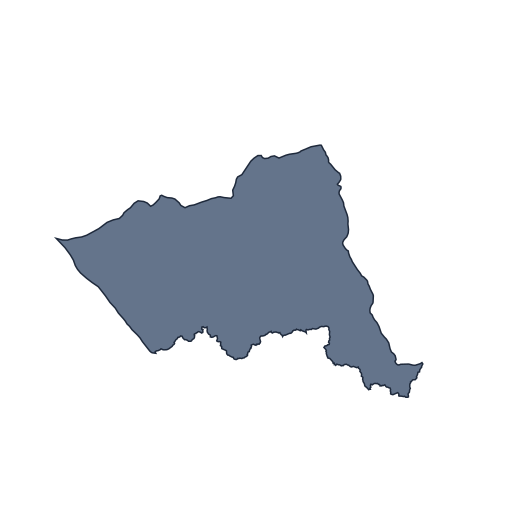 outline of Sing, Louang Namtha, Laos, rotated 110°
{"feature_id": "54806243B57426312908571", "entity_name": "Sing", "entity_type": "district", "adm_level": 2, "iso_a3": "LAO", "parent_name": "Laos", "parent_adm1": "Louang Namtha", "projection": "robinson", "projection_center": [101.175, 21.271], "detail": "fine", "context": "isolated", "style": "filled", "palette": "slate", "viewbox_px": 512, "rotation_deg": 110, "n_neighbors": 0, "source": "geoboundaries", "source_scale": "gbopen_adm2", "svg_char_len": 6094}
<svg xmlns="http://www.w3.org/2000/svg" viewBox="0 0 512 512"><g transform="rotate(110 256 256)"><path d="M307.8,449.7L313.5,438.3L318.5,430.8L322.3,426.2L326.8,422.5L329.6,419.1L332.0,415.0L334.9,407.5L337.0,400.8L338.8,393.7L344.9,383.9L349.6,377.3L353.1,370.4L356.7,365.8L360.3,359.1L361.9,356.5L364.0,353.9L365.3,350.8L367.6,347.4L370.7,340.5L372.6,337.0L375.3,333.5L381.7,323.2L382.4,321.3L382.4,320.2L381.7,316.9L380.7,318.0L380.4,318.0L379.1,317.0L378.5,315.7L376.7,313.9L375.7,313.5L375.9,311.3L375.5,310.0L374.5,307.7L373.1,306.2L369.6,303.9L368.2,303.6L367.1,302.8L366.1,302.6L365.1,303.5L364.4,303.1L361.9,302.6L360.5,301.6L359.3,301.7L358.2,300.0L356.9,299.5L356.7,297.9L357.9,296.9L359.1,294.5L358.6,293.3L358.7,291.5L359.2,290.3L358.5,288.3L357.9,287.6L356.4,287.3L354.8,286.1L353.4,286.0L352.6,286.3L351.9,286.3L351.3,287.1L350.3,287.2L349.5,286.0L348.5,285.8L348.1,285.1L346.8,284.4L346.5,282.9L346.8,282.1L346.6,281.6L347.0,280.8L346.1,279.9L345.3,280.0L343.9,280.7L343.4,280.6L343.3,281.9L343.0,282.2L341.9,282.2L341.4,282.6L340.5,281.5L341.1,280.1L340.4,278.5L339.5,277.8L341.7,276.6L342.7,276.5L344.1,275.8L345.6,273.8L345.9,272.0L346.8,271.4L347.6,271.3L347.6,270.0L346.9,268.7L344.7,266.8L344.3,265.5L346.8,263.9L349.1,263.9L349.5,263.3L349.3,261.7L348.8,260.7L349.0,259.6L350.5,259.3L351.2,258.9L352.4,258.8L352.7,257.4L354.7,256.5L355.1,251.4L357.9,250.1L358.8,248.6L358.5,247.5L358.9,246.5L359.2,243.8L359.0,242.6L360.1,241.8L360.3,240.6L360.1,239.2L359.2,238.3L358.4,238.1L358.3,237.1L357.5,236.3L357.2,234.2L356.5,233.7L355.8,232.3L354.5,231.6L353.6,230.5L352.1,230.0L351.5,230.6L350.8,230.3L350.1,230.6L348.9,230.6L348.1,229.6L347.6,229.8L345.5,229.8L344.7,229.2L344.0,229.6L343.7,229.3L342.5,229.3L341.4,230.0L340.2,228.8L339.7,228.0L340.0,227.1L339.9,225.5L338.8,225.4L338.9,224.7L338.2,224.3L337.8,222.9L337.3,223.0L336.5,222.4L334.9,222.4L332.4,224.2L331.4,224.6L330.9,224.5L329.4,223.9L328.8,222.2L327.5,220.4L326.3,220.0L326.0,219.2L323.1,217.7L322.4,216.6L321.7,216.0L322.5,215.5L322.8,214.3L321.3,213.0L321.1,212.1L320.5,211.3L320.6,209.8L320.3,208.9L320.6,208.5L319.8,207.4L320.4,207.0L321.4,205.2L321.4,204.6L322.5,203.5L322.1,203.5L320.7,202.4L320.4,201.4L318.0,198.9L316.9,197.6L316.8,196.9L315.5,196.1L313.7,195.8L313.5,195.4L312.7,195.0L312.2,193.5L311.0,193.0L311.3,192.5L310.8,191.4L311.1,188.9L310.0,188.7L310.5,187.1L310.5,183.4L311.0,182.5L308.7,183.7L307.8,183.5L307.7,181.9L306.5,180.3L306.1,178.8L304.9,178.2L304.2,174.7L302.3,172.5L301.3,172.1L299.8,170.4L299.2,168.0L298.6,167.5L297.8,166.0L297.7,164.1L298.7,162.8L300.2,162.4L301.6,161.0L304.9,160.1L306.9,158.6L308.2,158.8L309.9,158.0L310.8,158.5L312.3,158.3L312.8,157.2L314.1,157.0L315.0,158.4L315.6,158.5L316.5,159.5L316.9,160.4L318.7,160.9L319.8,158.7L320.7,157.6L321.7,157.7L322.5,156.8L323.8,156.5L325.0,155.4L325.6,155.2L326.2,154.2L327.1,153.9L327.3,153.3L327.0,151.7L329.1,147.7L330.4,146.8L329.9,145.8L330.5,145.4L331.3,145.3L331.1,144.5L331.5,143.7L330.0,143.1L330.0,141.1L329.6,140.2L330.1,138.3L329.4,137.6L329.4,136.7L327.8,135.9L326.8,134.1L327.1,132.5L326.9,131.5L327.6,129.8L327.7,128.5L326.4,126.6L326.5,123.3L325.4,121.9L326.4,121.3L326.7,120.1L327.4,119.2L328.9,118.9L330.1,116.9L331.3,116.2L332.9,115.9L333.3,114.3L333.9,113.9L335.3,113.7L336.4,112.9L337.4,112.4L338.9,110.5L340.4,109.6L341.2,108.8L341.5,107.4L343.1,104.3L342.4,103.8L342.1,103.0L341.3,103.7L340.7,103.6L340.1,103.2L338.6,104.2L337.3,104.3L337.1,103.5L337.4,102.8L335.5,101.4L334.9,100.4L334.9,99.6L334.2,98.2L334.8,96.9L334.5,96.5L334.7,95.7L335.7,94.9L335.0,94.1L335.1,93.4L334.3,92.9L334.2,92.1L333.0,90.9L334.0,89.6L334.5,88.6L334.2,87.4L334.4,86.0L334.2,84.9L335.3,83.9L336.0,83.9L337.4,83.3L337.8,82.8L339.4,82.4L339.7,81.8L339.5,79.9L335.9,76.1L336.9,74.5L338.6,74.0L338.7,73.6L338.0,71.6L337.6,69.2L337.0,68.4L337.5,67.3L337.4,66.7L336.8,65.1L336.3,64.6L335.1,65.0L334.4,65.6L333.2,65.9L331.5,65.3L329.0,65.9L327.6,65.7L326.6,66.7L324.0,67.6L323.0,67.6L322.1,67.3L321.4,67.7L320.6,67.0L319.2,66.6L318.6,66.1L317.8,64.1L315.6,63.2L315.2,63.3L314.7,63.9L311.9,63.7L309.9,64.1L309.0,62.7L306.8,63.2L303.6,62.3L302.9,62.7L300.4,62.3L299.4,63.6L301.0,64.8L304.3,69.1L304.9,71.2L305.3,75.5L308.3,83.1L309.3,84.1L309.8,85.4L309.6,86.6L308.8,88.1L307.7,89.2L307.1,89.4L306.7,89.1L305.3,89.0L302.1,91.1L300.8,93.1L299.9,95.9L297.3,98.3L292.3,101.5L289.5,105.1L288.2,107.8L285.7,111.9L280.2,116.3L277.2,119.6L275.5,122.7L273.6,125.0L271.7,126.6L270.4,129.3L268.0,130.5L265.8,130.9L263.1,130.8L260.4,130.1L259.4,130.2L253.3,132.1L252.1,132.9L248.1,137.2L245.6,139.3L244.0,141.2L241.6,142.6L240.8,143.6L239.0,147.3L238.5,150.0L236.6,152.1L234.1,156.1L228.4,163.6L226.6,165.2L224.7,167.5L221.6,170.0L219.7,171.0L219.3,172.9L218.2,174.9L216.0,177.8L214.7,178.8L213.2,179.2L211.7,179.0L210.5,178.8L206.9,177.3L205.0,177.2L202.9,177.2L199.5,178.1L194.5,180.6L191.7,181.4L188.4,182.9L185.9,184.6L179.0,190.5L176.0,192.0L173.9,194.0L169.3,199.1L167.9,199.7L166.1,199.9L163.8,199.2L162.1,199.7L161.6,200.2L161.4,203.0L161.0,203.8L160.7,204.1L158.5,203.2L155.6,202.6L154.8,202.6L152.0,203.7L149.6,205.8L149.5,206.9L147.9,211.2L144.2,217.3L143.5,219.1L142.8,220.0L141.0,220.6L139.0,221.9L137.6,223.8L137.1,224.8L134.8,226.3L133.1,228.8L129.6,232.5L129.9,233.8L134.5,241.6L142.0,249.7L143.2,250.3L144.7,251.9L145.8,253.5L148.9,259.3L151.0,262.3L156.1,267.9L155.6,272.9L157.4,276.0L159.9,278.0L161.5,281.3L161.3,283.6L159.8,285.5L161.0,288.6L164.7,291.3L168.7,293.3L184.4,297.1L188.0,300.3L190.6,300.7L194.1,300.1L197.8,300.0L202.1,300.4L207.1,297.9L210.3,299.2L212.0,305.9L212.6,310.0L213.5,312.0L215.1,313.9L217.3,317.5L220.6,321.1L224.0,325.6L229.1,331.5L231.5,335.7L234.9,339.2L234.2,343.9L232.3,346.4L230.2,351.7L230.3,354.9L231.5,359.4L231.5,362.7L231.2,365.4L232.3,366.6L235.4,366.5L240.1,368.5L243.2,370.1L245.3,372.0L243.4,376.3L243.2,380.2L244.5,385.7L248.1,388.5L253.6,390.5L256.4,392.5L260.4,394.8L263.3,395.2L267.5,397.3L270.9,402.5L275.3,407.4L284.1,413.1L294.4,422.2L297.8,426.4L300.6,431.7L303.2,435.6L305.5,438.5L307.2,443.4L307.8,449.7Z" fill="#64748b" stroke="#1e293b" stroke-width="1.5"/></g></svg>